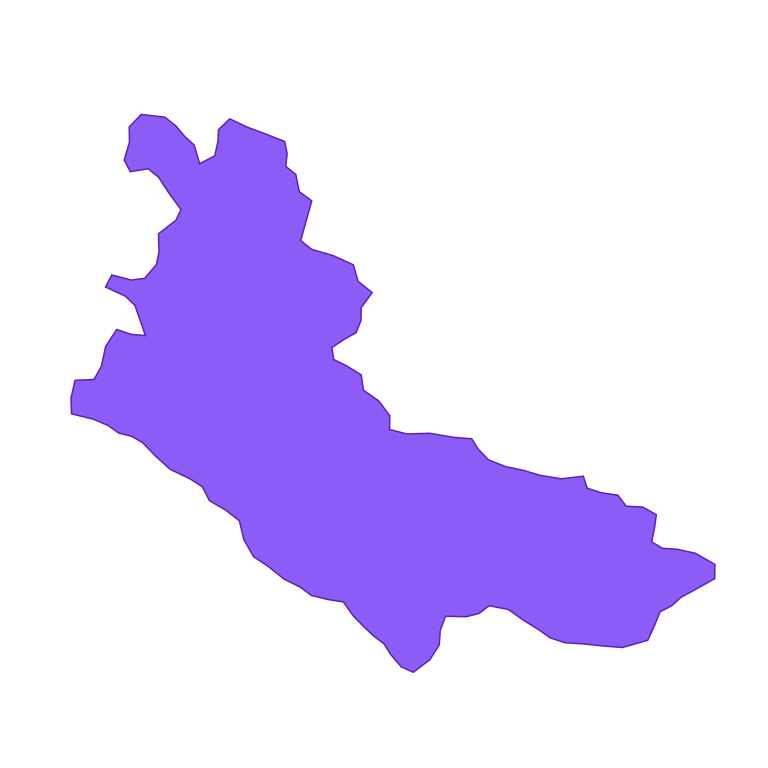 outline of Bom Jesus do Norte, Espírito Santo, Brazil, rotated 85°
{"feature_id": "56859067B21905331277636", "entity_name": "Bom Jesus do Norte", "entity_type": "district", "adm_level": 2, "iso_a3": "BRA", "parent_name": "Brazil", "parent_adm1": "Espírito Santo", "projection": "natural_earth1", "projection_center": [-41.639, -21.075], "detail": "fine", "context": "isolated", "style": "filled", "palette": "violet", "viewbox_px": 768, "rotation_deg": 85, "n_neighbors": 0, "source": "geoboundaries", "source_scale": "gbopen_adm2", "svg_char_len": 1807}
<svg xmlns="http://www.w3.org/2000/svg" viewBox="0 0 768 768"><g transform="rotate(85 384 384)"><path d="M592.6,70.1L579.8,88.5L574.3,106.0L571.9,121.0L564.6,131.1L550.5,126.9L537.9,124.1L529.1,137.1L526.8,153.4L515.1,160.8L511.1,177.7L505.4,190.7L493.2,193.5L493.9,215.8L488.2,237.6L482.3,252.3L476.8,270.3L468.7,286.4L457.1,295.8L446.2,301.4L443.3,318.9L437.1,342.6L435.7,365.8L429.8,382.4L416.2,381.0L400.5,390.6L388.4,405.0L372.9,405.9L362.7,419.7L355.3,431.9L343.2,432.7L336.3,420.3L330.4,407.3L318.7,401.4L305.9,400.0L291.9,387.8L279.5,400.8L262.6,404.2L251.7,423.4L243.6,444.3L233.9,454.5L195.3,440.0L185.1,451.6L167.5,453.6L158.7,462.9L145.9,460.4L133.8,461.8L125.2,479.0L116.2,497.9L106.4,514.6L116.2,526.7L127.6,528.2L141.9,532.7L148.5,548.5L129.5,552.2L120.0,560.9L108.8,568.8L99.1,579.0L94.3,602.4L105.7,615.4L120.9,616.5L138.3,623.3L150.4,618.2L149.0,600.2L158.3,590.6L174.2,582.1L192.5,571.1L202.7,577.0L214.8,595.6L232.2,596.5L245.0,600.2L257.9,613.2L258.4,626.7L251.7,645.6L263.1,653.0L274.0,634.0L284.0,625.3L297.3,621.9L314.9,617.4L312.6,631.2L306.4,645.6L322.5,658.1L341.8,664.0L354.2,672.5L353.4,691.4L370.6,697.0L386.5,697.9L393.6,677.0L401.2,662.6L409.8,652.4L414.1,640.0L421.2,629.8L436.4,617.4L450.4,604.4L461.6,585.5L470.6,573.9L485.1,568.0L495.6,553.0L507.7,540.0L526.7,537.2L544.6,529.0L555.5,515.4L569.5,500.8L579.3,484.9L588.3,474.8L593.8,458.7L597.6,443.4L612.1,435.0L623.3,425.9L633.5,416.9L642.8,406.7L654.2,400.8L667.3,391.5L673.7,379.9L662.7,362.4L648.7,351.7L634.2,349.4L620.7,342.9L623.0,322.6L620.9,309.3L614.0,298.6L619.5,279.7L631.8,265.3L642.8,250.6L651.3,240.7L657.5,226.3L660.4,207.4L664.0,189.0L667.3,169.5L662.3,143.6L648.3,135.6L635.0,128.9L630.0,116.7L622.6,107.1L615.9,91.9L606.7,71.5L592.6,70.1Z" fill="#8b5cf6" stroke="#5b21b6" stroke-width="1.5"/></g></svg>